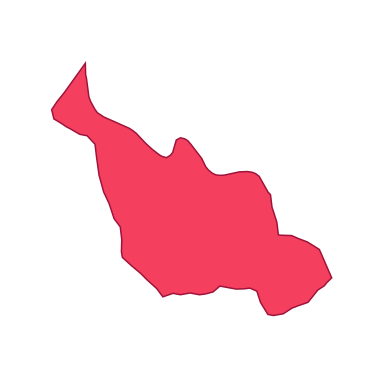 Maengsan, P'yŏngan-namdo, North Korea (Mercator projection), rotated 280°
{"feature_id": "82179303B43316794404011", "entity_name": "Maengsan", "entity_type": "district", "adm_level": 2, "iso_a3": "PRK", "parent_name": "North Korea", "parent_adm1": "P'yŏngan-namdo", "projection": "mercator", "projection_center": [126.637, 39.682], "detail": "fine", "context": "isolated", "style": "filled", "palette": "rose", "viewbox_px": 384, "rotation_deg": 280, "n_neighbors": 0, "source": "geoboundaries", "source_scale": "gbopen_adm2", "svg_char_len": 1298}
<svg xmlns="http://www.w3.org/2000/svg" viewBox="0 0 384 384"><g transform="rotate(280 192 192)"><path d="M122.0,132.7L120.7,132.9L115.5,134.8L108.4,146.0L103.1,155.3L97.8,162.8L90.8,174.0L83.7,181.5L86.4,186.4L88.9,190.9L88.8,198.3L92.2,207.7L92.1,217.1L93.8,222.7L97.3,230.2L104.2,235.8L104.1,245.1L104.1,252.6L105.7,260.1L107.4,265.7L105.6,273.1L95.1,278.7L84.6,288.0L84.5,293.6L87.9,303.0L94.9,310.5L98.3,316.1L103.5,325.4L110.4,329.2L117.3,332.9L122.5,338.5L126.0,340.4L131.7,344.5L157.5,327.4L162.8,314.4L164.6,305.0L166.4,297.6L164.8,286.4L164.8,284.5L177.0,280.8L191.0,273.4L202.9,269.8L205.2,266.8L219.0,255.5L221.2,251.4L221.9,247.2L221.7,242.7L220.0,235.0L214.2,220.8L213.3,216.9L213.0,212.5L214.1,208.6L216.4,204.5L219.3,201.1L226.7,195.8L238.7,182.7L241.7,179.1L243.1,175.6L243.4,171.3L240.5,167.5L227.6,166.1L224.5,164.4L221.4,160.9L221.8,156.4L223.0,153.2L227.0,145.6L231.9,137.9L240.1,126.9L242.3,122.8L243.8,119.3L250.6,92.0L253.6,85.1L256.6,82.0L263.6,76.4L267.9,73.9L285.4,68.4L289.0,66.9L300.3,64.6L283.4,56.5L267.8,49.0L257.4,43.3L248.7,39.5L240.0,43.3L236.4,52.6L234.6,56.4L232.8,62.0L229.3,71.4L229.2,78.9L222.2,88.2L209.9,91.9L192.5,97.5L176.7,105.0L166.2,112.4L152.2,119.9L145.2,127.4L132.9,131.1L122.0,132.7Z" fill="#f43f5e" stroke="#9f1239" stroke-width="1.5"/></g></svg>